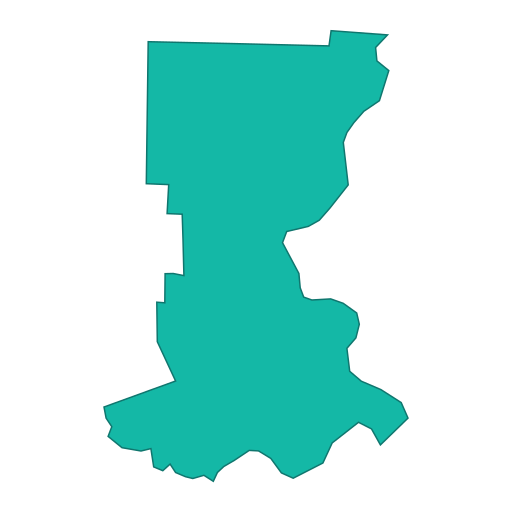 Dona Francisca, Rio Grande do Sul, Brazil
{"feature_id": "56859067B48007272498285", "entity_name": "Dona Francisca", "entity_type": "district", "adm_level": 2, "iso_a3": "BRA", "parent_name": "Brazil", "parent_adm1": "Rio Grande do Sul", "projection": "orthographic", "projection_center": [-53.341, -29.561], "detail": "fine", "context": "isolated", "style": "filled", "palette": "teal", "viewbox_px": 512, "rotation_deg": 0, "n_neighbors": 0, "source": "geoboundaries", "source_scale": "gbopen_adm2", "svg_char_len": 1023}
<svg xmlns="http://www.w3.org/2000/svg" viewBox="0 0 512 512"><path d="M387.5,34.9L331.1,30.7L329.0,45.9L229.1,43.5L148.2,41.7L146.3,183.7L168.7,184.6L167.1,213.6L182.2,214.2L183.0,239.4L183.9,275.6L173.2,273.5L165.1,273.7L164.8,302.8L156.8,302.2L157.3,341.7L175.6,381.0L104.0,407.0L106.1,418.1L111.8,426.7L108.1,436.4L122.0,447.7L141.0,451.0L150.9,448.6L153.7,466.9L162.8,470.7L170.1,464.1L175.6,472.5L185.5,476.7L192.8,478.5L203.9,475.3L213.3,481.3L217.4,472.5L223.8,466.5L234.4,460.3L249.2,450.4L258.5,450.9L270.8,458.4L281.4,472.9L293.2,478.2L322.9,463.0L332.2,442.9L358.5,422.3L371.5,428.9L380.4,444.9L408.0,418.1L401.2,402.6L380.9,389.6L361.3,381.2L349.7,371.3L346.9,348.3L355.9,337.9L359.3,324.3L356.7,313.0L343.2,303.3L330.7,298.9L311.9,300.0L303.7,297.1L300.2,287.8L298.9,273.5L282.5,242.7L286.7,231.5L308.3,226.4L319.3,220.2L329.9,208.1L348.2,184.9L343.3,142.4L346.9,132.5L353.9,122.6L363.8,111.3L379.4,100.7L388.8,70.6L376.9,60.9L375.6,47.5L387.5,34.9Z" fill="#14b8a6" stroke="#0f766e" stroke-width="1.5"/></svg>